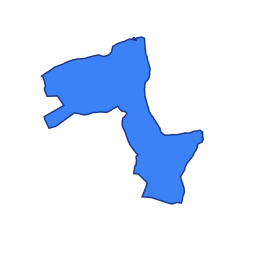 the district of Askira Uba, Borno, Nigeria, rotated 235°
{"feature_id": "59680162B18672795330723", "entity_name": "Askira Uba", "entity_type": "district", "adm_level": 2, "iso_a3": "NGA", "parent_name": "Nigeria", "parent_adm1": "Borno", "projection": "natural_earth1", "projection_center": [12.927, 10.69], "detail": "fine", "context": "isolated", "style": "filled", "palette": "blue", "viewbox_px": 256, "rotation_deg": 235, "n_neighbors": 0, "source": "geoboundaries", "source_scale": "gbopen_adm2", "svg_char_len": 3971}
<svg xmlns="http://www.w3.org/2000/svg" viewBox="0 0 256 256"><g transform="rotate(235 128 128)"><path d="M170.7,70.2L171.1,87.4L171.1,92.8L167.1,96.8L164.2,99.2L162.7,101.9L161.4,105.4L160.9,107.9L159.1,110.7L157.6,113.7L156.6,115.1L153.0,119.6L152.4,123.2L152.4,126.1L152.0,128.5L151.7,132.1L148.3,132.0L146.5,132.5L145.1,132.8L143.1,135.0L141.5,135.6L140.8,135.3L140.5,134.8L139.8,133.7L139.0,131.0L139.1,129.7L137.1,127.4L133.6,124.8L131.9,124.3L125.4,123.1L122.1,122.1L119.3,121.3L117.2,120.8L113.3,120.0L111.4,120.0L110.0,120.0L103.8,120.2L100.5,120.7L99.9,118.1L96.6,116.4L93.0,113.2L93.1,111.9L87.3,106.6L84.3,110.1L71.9,112.4L67.7,106.5L63.6,100.1L57.4,107.6L55.3,109.0L44.9,116.9L41.9,119.2L40.4,120.8L38.9,125.4L35.9,128.7L38.5,131.7L40.5,133.6L41.7,135.6L43.5,137.6L46.8,139.5L47.4,139.6L51.4,141.0L55.4,142.0L58.0,143.2L60.5,148.8L61.5,150.7L62.3,151.3L63.0,152.1L65.1,155.8L65.5,156.8L66.5,160.2L66.8,161.3L67.4,163.5L67.8,164.5L68.4,165.6L69.0,167.0L69.5,167.7L70.2,168.9L70.6,170.5L71.1,171.5L71.8,172.4L72.2,173.4L72.6,174.1L73.1,174.1L73.8,175.2L74.7,175.5L74.7,176.3L74.7,176.9L74.6,177.4L74.5,178.5L74.1,179.7L74.1,180.7L74.6,181.4L74.7,181.8L75.1,182.3L75.3,182.4L75.5,182.6L75.4,182.8L75.5,183.0L75.9,183.2L76.1,183.2L76.4,183.5L76.5,183.6L76.7,183.9L76.9,183.9L77.0,183.8L77.2,183.7L77.4,183.4L77.5,183.3L77.8,183.3L78.0,183.5L78.1,184.0L78.6,184.7L79.3,185.0L80.8,186.1L80.8,185.7L81.1,185.6L81.6,185.9L82.0,186.6L84.6,185.9L85.5,184.3L85.8,183.0L86.1,182.7L86.5,181.7L87.1,181.1L87.6,179.8L88.0,178.2L88.3,177.0L88.5,176.0L88.8,175.3L89.4,174.3L89.9,173.6L90.6,172.7L91.3,171.9L92.0,169.8L92.4,169.0L92.9,167.9L93.1,167.1L93.6,166.1L94.5,164.2L95.0,163.4L95.9,162.4L96.6,161.3L97.3,160.0L98.2,158.7L98.4,157.9L99.1,156.8L99.6,156.1L100.3,155.0L101.0,154.2L102.1,153.7L102.8,153.4L106.0,152.6L107.0,152.9L107.9,153.4L108.8,153.7L109.2,154.0L111.5,154.0L113.6,154.2L114.7,154.2L115.9,154.2L117.1,154.3L118.7,154.5L120.3,154.5L122.7,154.7L123.3,154.5L126.5,154.5L128.8,154.8L131.3,155.6L133.3,156.4L134.4,156.7L134.5,156.7L135.4,156.9L137.2,157.5L139.1,158.3L140.4,158.8L141.6,159.1L145.3,160.7L146.6,161.5L147.8,162.2L148.1,162.5L148.5,162.7L150.1,163.6L150.7,164.1L151.9,165.2L152.3,165.5L154.0,166.8L154.4,167.3L154.6,167.6L155.5,168.6L155.7,170.2L156.5,173.0L157.9,174.9L159.7,176.7L161.5,177.6L162.4,178.9L163.8,180.0L166.5,181.1L167.7,181.3L169.0,181.9L169.5,182.1L170.9,182.4L171.2,182.5L172.9,183.2L173.0,183.2L174.8,184.0L175.2,184.5L176.1,184.5L177.7,184.8L178.9,185.3L181.2,186.7L181.5,186.8L181.9,186.9L182.8,187.4L182.8,187.5L184.4,188.2L185.6,189.0L186.5,189.6L188.8,190.9L191.3,192.6L192.5,192.8L194.5,191.3L195.3,190.1L195.6,189.1L196.2,188.0L196.8,186.8L196.9,186.0L195.5,185.4L195.2,185.2L195.7,184.4L195.9,183.9L196.2,183.9L196.7,183.5L196.9,183.6L196.9,183.8L197.0,184.2L196.9,184.8L197.5,185.0L198.7,184.8L198.6,182.9L198.4,182.9L198.1,182.9L197.8,182.9L197.7,182.8L197.9,182.6L198.2,182.6L198.3,182.3L198.4,181.9L198.7,181.9L199.0,181.3L198.9,180.8L199.2,180.6L200.0,180.3L200.5,177.8L200.8,176.3L200.9,175.0L202.3,171.0L202.6,170.0L202.7,169.2L202.8,169.2L203.2,166.4L203.4,163.6L203.5,163.0L203.6,162.5L202.6,161.2L200.6,159.0L199.7,158.3L199.3,156.2L199.0,154.4L198.9,153.9L199.6,151.3L200.9,148.6L204.7,145.9L205.2,144.7L205.9,143.3L206.1,142.9L206.5,141.8L207.4,139.4L208.9,135.3L209.0,135.1L209.1,134.7L209.6,133.1L210.5,131.3L211.2,129.9L211.6,129.3L211.6,129.2L212.1,128.4L212.3,128.1L213.1,127.0L213.8,125.7L214.3,124.4L214.7,123.0L215.2,122.5L215.4,121.8L215.8,120.2L216.3,118.7L216.8,117.0L217.1,115.4L217.5,113.3L217.5,112.0L217.9,110.4L218.0,109.9L218.2,109.3L218.5,108.3L218.7,107.5L219.3,104.9L220.0,102.5L219.8,99.6L219.8,99.0L219.8,95.9L219.9,94.8L220.0,92.9L220.1,91.7L220.1,90.9L220.1,89.6L220.1,88.7L220.1,87.1L218.7,87.6L218.4,87.5L215.9,87.0L209.7,84.4L207.9,81.8L200.4,79.9L194.8,88.5L183.3,88.4L185.3,65.8L182.6,64.8L173.1,63.2L170.7,70.2Z" fill="#3b82f6" stroke="#1e3a8a" stroke-width="1.5"/></g></svg>